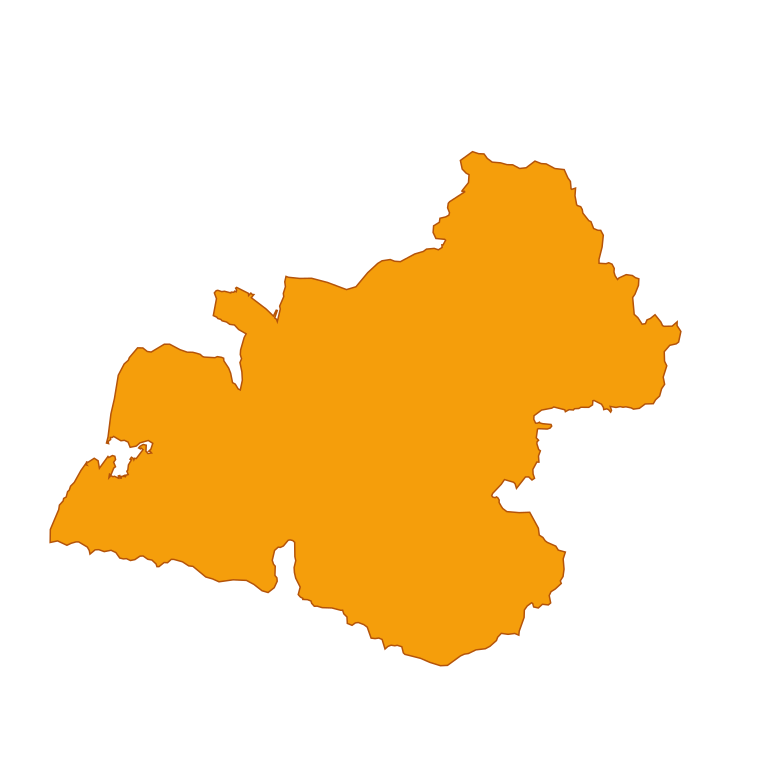 Viisoara, Mures, Romania, rotated 290°
{"feature_id": "2599482B3692872469981", "entity_name": "Viisoara", "entity_type": "district", "adm_level": 2, "iso_a3": "ROU", "parent_name": "Romania", "parent_adm1": "Mures", "projection": "equal_earth", "projection_center": [24.576, 46.301], "detail": "fine", "context": "isolated", "style": "filled", "palette": "amber", "viewbox_px": 768, "rotation_deg": 290, "n_neighbors": 0, "source": "geoboundaries", "source_scale": "gbopen_adm2", "svg_char_len": 6171}
<svg xmlns="http://www.w3.org/2000/svg" viewBox="0 0 768 768"><g transform="rotate(290 384 384)"><path d="M448.5,632.3L454.6,636.3L457.6,643.8L462.0,644.6L467.0,647.1L474.5,646.5L479.7,647.8L486.0,644.0L497.8,643.5L501.4,639.8L510.2,636.3L518.1,639.3L521.7,644.9L524.2,646.5L534.9,645.0L539.1,639.4L542.7,638.2L536.9,635.0L533.9,627.2L534.3,625.6L537.0,622.9L541.8,615.0L536.7,611.9L534.2,609.2L530.1,609.0L528.5,606.1L533.2,599.8L535.0,595.3L550.3,588.1L554.2,589.1L563.7,589.4L570.0,587.5L569.9,583.9L570.9,580.3L569.6,574.2L564.0,568.5L562.1,567.7L564.8,564.1L567.9,561.8L571.4,560.8L574.6,557.3L574.8,553.7L573.0,551.5L571.0,544.8L574.6,543.4L587.3,542.1L598.8,539.2L602.5,535.1L601.6,532.4L601.8,527.8L607.3,523.0L607.6,520.5L612.6,512.4L615.8,510.6L617.9,508.2L617.8,504.8L618.4,503.7L626.2,499.1L633.6,497.0L631.1,493.8L631.5,493.0L638.1,489.9L640.6,486.3L647.1,480.0L644.9,470.8L646.3,461.2L644.9,456.3L645.1,449.6L635.8,443.6L632.9,437.7L634.0,430.0L632.2,424.6L631.7,417.9L629.5,409.8L631.3,403.9L634.4,399.3L632.8,394.2L632.6,387.7L620.2,379.3L612.7,384.0L610.2,389.1L609.8,392.3L602.1,394.5L592.2,391.2L591.7,391.4L592.6,393.7L592.1,394.1L577.9,383.4L575.8,382.6L571.3,383.5L567.3,387.0L564.8,387.2L562.1,384.8L558.9,379.9L554.9,380.7L549.6,376.5L543.2,378.3L538.5,383.0L540.7,391.5L540.2,392.7L534.9,391.9L534.6,390.8L532.2,391.9L528.7,389.2L528.6,384.8L525.3,377.8L522.0,375.6L516.7,368.4L504.6,357.6L503.0,352.0L503.1,347.3L499.1,340.0L495.1,336.8L483.0,330.6L465.8,324.4L459.9,316.5L460.1,296.2L458.6,279.8L454.4,268.8L451.6,257.7L451.6,255.1L446.1,255.8L441.7,258.1L434.7,258.4L431.8,259.9L421.5,259.3L419.0,260.9L406.1,262.4L408.1,260.7L408.7,258.7L416.6,258.6L416.5,257.5L410.0,256.8L414.1,247.7L419.7,229.8L423.5,231.1L423.1,229.5L423.9,227.8L420.9,226.5L422.8,225.7L424.4,212.5L423.3,211.8L421.9,213.4L420.1,213.6L420.2,211.9L418.8,211.5L418.1,209.0L417.2,208.9L416.6,202.4L415.3,199.9L415.2,195.8L414.3,194.4L411.6,193.4L406.9,197.4L389.9,200.2L389.6,204.0L388.7,205.5L388.9,208.5L388.0,210.2L388.4,214.9L387.3,218.6L388.3,223.3L385.5,228.7L384.0,237.3L379.9,236.7L367.0,237.6L362.5,238.9L359.0,241.5L354.9,241.3L346.8,246.3L339.1,249.6L329.2,251.0L329.5,248.6L333.0,244.3L333.5,241.2L341.7,236.2L345.8,232.6L351.0,225.6L353.4,224.5L353.5,222.2L352.7,218.0L350.9,216.1L347.8,205.8L347.8,204.1L349.0,201.1L348.8,197.4L348.4,193.4L346.6,188.3L346.5,180.5L348.1,169.0L346.2,163.9L334.4,154.3L333.6,150.4L335.4,145.1L333.7,140.1L321.8,135.7L318.8,135.6L314.0,133.0L301.4,131.3L278.0,135.7L262.6,137.6L239.8,142.8L233.6,143.4L233.8,145.6L235.6,144.4L238.3,146.1L240.2,145.2L240.8,146.9L242.3,147.9L240.7,156.2L242.3,159.3L241.9,163.4L237.7,167.1L240.9,172.4L245.2,174.8L250.3,181.8L249.2,187.0L243.0,187.2L240.4,185.9L240.7,187.4L239.7,189.2L237.9,186.0L239.4,183.3L245.2,181.5L244.8,178.4L242.0,176.0L240.0,175.3L239.7,177.3L240.7,177.6L239.9,180.0L229.2,176.7L228.9,175.0L227.2,174.9L228.3,174.0L228.8,171.7L226.5,171.1L226.4,172.6L220.6,171.5L215.6,172.7L214.1,172.2L211.4,174.6L210.3,173.0L208.8,172.7L209.7,171.8L208.5,170.5L208.1,171.1L207.3,168.7L205.7,169.3L205.3,168.3L207.6,167.0L206.8,165.8L204.7,166.7L205.1,162.3L204.2,161.0L204.5,158.7L201.8,157.6L205.4,156.9L204.9,158.5L212.6,158.8L214.4,160.0L218.0,156.7L221.2,157.6L224.0,155.8L223.9,153.3L220.8,150.5L221.5,149.4L207.5,145.4L214.1,141.6L215.1,137.1L209.3,132.7L209.0,131.2L207.8,131.3L207.2,132.5L207.3,130.4L206.2,132.4L206.1,130.7L199.2,128.8L185.6,126.6L180.8,124.4L176.6,124.5L174.6,123.5L169.1,124.0L166.9,122.1L164.4,122.5L159.2,120.4L154.7,121.3L133.2,120.2L120.9,124.5L124.9,130.9L124.0,141.2L127.4,144.6L130.3,148.6L131.2,151.1L129.3,161.0L126.7,164.0L123.6,165.9L129.4,169.3L130.8,172.7L130.8,178.4L134.4,184.4L133.9,189.7L130.1,195.2L130.5,198.9L131.8,201.7L131.4,206.1L133.8,210.0L138.8,213.6L140.0,216.5L138.5,222.0L139.2,226.1L136.9,231.4L134.7,233.1L135.4,235.0L141.0,238.4L142.0,241.7L146.5,244.1L147.3,246.5L148.0,255.4L146.3,262.7L147.3,266.8L141.7,282.5L142.2,289.5L141.7,296.6L148.4,309.2L152.4,321.9L151.2,330.2L148.0,340.1L148.4,346.4L155.0,350.5L162.1,351.1L165.2,349.7L166.8,347.0L175.6,344.1L176.8,341.9L180.1,339.3L190.2,338.1L194.5,340.4L195.0,342.5L197.4,344.9L204.4,347.4L205.4,349.1L205.7,351.8L204.7,354.2L191.3,359.3L187.8,361.5L180.8,362.3L176.2,364.3L171.4,367.4L164.5,374.7L156.8,375.4L155.2,378.3L154.8,381.1L153.8,381.4L155.2,385.9L155.1,389.6L153.2,391.0L151.3,394.5L152.4,397.3L152.7,402.4L155.7,411.5L156.6,420.9L157.3,422.5L154.3,424.8L152.4,428.9L146.5,431.4L146.3,436.5L149.8,438.9L151.1,441.5L151.0,447.3L149.8,451.4L140.8,458.8L141.7,462.7L143.5,466.0L143.3,469.6L135.3,475.6L138.7,477.4L141.0,480.0L141.7,483.7L143.0,485.8L143.2,490.6L138.0,494.1L137.1,496.1L138.7,512.0L138.1,522.4L138.6,533.4L141.3,539.9L154.7,548.9L157.7,552.0L159.6,555.5L165.6,561.3L169.9,569.8L173.8,573.3L181.4,577.4L184.9,577.4L189.8,579.5L191.2,586.2L194.3,592.2L194.1,596.6L198.0,595.6L212.5,595.5L219.6,593.2L224.4,594.5L228.9,597.5L228.6,598.8L225.7,600.9L226.3,605.6L231.2,608.2L232.6,614.0L235.3,615.5L241.7,611.6L246.0,612.0L250.0,615.1L257.2,618.8L259.3,617.0L264.3,618.1L271.6,616.5L280.9,612.2L288.1,611.9L287.5,604.6L290.4,600.9L291.0,591.7L291.8,589.1L294.1,585.9L295.1,581.6L301.3,578.4L313.3,564.8L309.4,555.2L306.1,543.1L307.6,538.2L309.1,536.1L312.0,532.7L314.4,531.9L316.0,529.9L316.4,528.3L315.2,527.3L314.9,525.0L315.9,523.4L318.3,523.5L329.9,528.5L335.4,529.9L336.0,539.4L335.1,541.3L331.2,544.2L345.0,548.7L346.2,551.7L344.4,555.9L346.9,557.7L350.4,554.9L354.6,553.1L362.9,554.3L363.6,556.3L369.2,553.8L374.7,553.8L375.3,551.8L380.1,548.1L382.0,547.6L384.0,548.5L385.5,545.5L394.0,543.7L394.8,544.3L397.5,552.8L399.4,555.2L401.8,556.0L403.1,554.8L401.0,546.8L400.7,543.9L401.3,543.2L399.6,541.5L399.1,539.8L402.1,536.8L405.5,535.8L413.4,541.0L418.7,549.9L420.5,551.4L421.6,562.7L420.0,563.9L423.2,566.7L424.4,570.9L425.9,571.4L427.6,575.4L429.5,577.0L432.1,584.4L435.7,587.1L439.7,586.0L440.4,587.0L439.4,595.3L436.9,598.3L435.1,599.2L436.8,601.8L436.7,603.8L435.1,606.6L437.1,606.8L440.3,604.2L441.3,610.0L443.5,613.6L443.9,616.5L445.3,619.1L446.1,624.5L445.7,627.0L448.5,632.3Z" fill="#f59e0b" stroke="#b45309" stroke-width="1.5"/></g></svg>